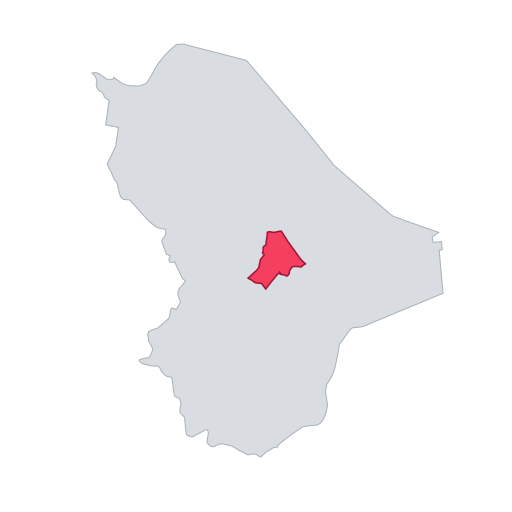 location of Al-Ramadi, Al-Anbar, Iraq, rotated 189°
{"feature_id": "34846034B54493291917017", "entity_name": "Al-Ramadi", "entity_type": "district", "adm_level": 2, "iso_a3": "IRQ", "parent_name": "Iraq", "parent_adm1": "Al-Anbar", "projection": "natural_earth1", "projection_center": [43.152, 33.24], "detail": "fine", "context": "in_parent", "style": "filled", "palette": "rose", "viewbox_px": 512, "rotation_deg": 189, "n_neighbors": 0, "source": "geoboundaries", "source_scale": "gbopen_adm2", "svg_char_len": 5074}
<svg xmlns="http://www.w3.org/2000/svg" viewBox="0 0 512 512"><g transform="rotate(189 256 256)"><path d="M204.8,70.6L208.5,69.6L215.4,63.9L219.4,58.6L220.7,58.1L224.3,59.9L226.9,60.3L232.9,58.3L236.4,59.4L239.4,60.7L241.0,60.8L249.0,64.1L251.0,64.6L255.2,65.0L261.3,65.1L265.2,63.0L268.0,60.9L270.0,60.9L271.9,61.4L273.5,62.3L274.9,63.9L275.5,66.1L275.3,73.3L275.9,75.2L277.0,76.6L278.3,76.8L280.0,75.3L282.9,73.0L286.5,70.5L289.2,68.2L290.7,67.4L293.1,67.5L295.5,67.9L296.8,69.0L296.8,69.3L298.1,72.7L301.3,85.3L303.1,86.9L305.2,88.2L306.6,90.1L307.2,92.0L307.0,94.9L307.1,98.3L308.0,100.9L309.2,102.9L310.3,103.8L311.9,103.9L313.9,104.4L315.2,106.4L319.5,120.7L320.0,122.6L321.7,123.2L324.7,122.9L327.7,124.4L330.9,126.7L333.9,131.1L336.0,131.8L342.3,131.1L351.0,131.8L355.1,134.1L354.7,135.5L351.5,137.0L346.0,138.9L344.4,141.9L343.6,145.9L343.7,148.2L345.1,150.7L349.1,155.6L349.3,157.4L350.0,159.8L350.8,161.5L350.0,164.8L346.5,167.1L341.8,169.5L332.6,180.5L331.9,182.9L332.0,189.3L331.1,191.2L328.1,191.1L325.8,190.8L325.7,193.1L324.2,196.1L323.4,198.7L326.9,205.0L327.5,208.2L327.0,211.2L323.8,216.4L322.0,219.9L322.4,220.7L324.9,222.1L332.8,233.4L335.3,237.4L338.6,236.4L339.8,236.5L340.8,237.1L341.4,238.5L341.4,240.2L340.6,242.7L344.8,243.8L346.3,246.4L351.2,255.2L351.1,257.9L348.8,262.0L348.8,264.8L349.3,267.3L350.1,268.2L357.3,268.5L360.3,269.5L367.9,274.1L376.4,281.0L383.5,286.7L389.5,291.6L395.8,291.2L397.6,292.1L399.2,293.6L401.1,297.6L404.8,306.7L408.0,309.6L412.8,316.9L417.4,323.6L414.6,332.9L411.8,342.4L411.9,354.8L412.0,361.4L418.1,361.7L425.0,362.0L425.1,369.9L425.3,377.9L425.4,387.0L427.4,387.4L430.7,389.4L432.1,392.3L433.8,393.9L435.9,394.2L437.9,395.6L440.0,398.3L440.7,400.3L440.2,401.6L440.7,404.0L442.1,407.4L443.9,409.1L446.6,411.0L443.0,412.2L439.1,411.3L430.7,407.3L428.0,407.2L424.4,408.7L424.3,410.1L415.4,405.6L412.3,404.7L411.1,404.6L406.1,404.6L398.9,405.4L394.7,407.3L391.7,409.2L390.4,411.1L390.0,412.1L387.7,417.7L385.1,424.8L382.5,431.3L377.2,440.4L374.2,444.6L367.9,452.4L361.1,453.9L345.1,452.4L327.4,450.7L309.7,449.0L296.6,447.7L295.6,447.3L282.6,436.2L272.3,427.4L259.5,416.4L246.5,405.2L233.2,393.9L223.6,385.6L212.0,375.0L201.4,365.3L193.1,357.7L182.3,351.0L174.0,345.8L161.8,338.2L152.1,332.1L143.8,326.9L131.0,318.9L126.8,316.8L113.5,314.1L100.9,311.8L87.9,309.5L79.2,307.9L85.0,302.2L83.3,297.1L79.1,298.1L75.2,299.3L73.0,291.3L76.0,290.3L73.4,280.0L70.7,269.3L68.1,259.0L65.4,248.4L76.5,241.7L84.7,236.6L96.3,229.5L107.4,222.7L118.0,216.2L129.6,209.1L140.0,202.7L149.5,200.1L151.5,198.1L155.9,189.3L159.7,181.9L159.8,180.2L159.9,169.6L160.6,157.2L161.9,150.5L164.0,144.7L166.0,140.4L166.2,136.4L166.0,132.3L164.0,126.2L162.0,119.8L162.2,113.6L162.7,110.3L164.0,105.1L166.2,101.2L168.7,98.8L177.6,96.4L182.9,94.9L190.0,88.1L194.3,84.0L200.2,77.6L204.5,72.9L204.8,71.2L204.8,70.6Z" fill="#d9dde1" stroke="#a8b0b8" stroke-width="1"/><path d="M248.5,281.2L248.4,280.3L248.1,275.1L248.2,272.2L248.1,269.5L247.8,268.7L248.5,268.0L249.6,266.9L250.3,265.6L250.0,263.7L249.7,262.4L249.8,261.3L250.1,260.5L250.1,260.4L249.7,259.6L248.5,259.0L248.0,258.4L248.7,257.5L249.1,256.6L250.6,254.1L251.1,252.9L251.2,252.5L251.2,251.3L251.2,250.3L251.3,249.5L251.3,249.0L251.3,248.4L251.4,247.7L251.4,247.2L251.4,246.6L251.4,245.9L251.4,245.2L251.8,244.3L252.1,243.8L252.4,243.2L253.0,242.2L253.4,241.7L253.9,241.0L254.6,240.2L255.1,239.5L255.5,239.0L256.0,238.4L256.6,237.7L257.2,236.9L258.0,236.0L258.7,235.0L259.7,233.7L260.4,233.0L258.9,232.2L258.2,231.9L257.5,231.9L256.8,231.7L256.2,231.3L254.1,230.2L253.5,229.8L253.2,229.8L252.2,229.5L251.5,229.5L250.6,229.5L249.6,229.6L249.1,229.6L246.2,229.7L244.5,228.1L242.4,226.0L241.8,225.5L241.2,224.9L237.3,232.1L236.5,233.5L235.7,234.9L234.8,236.4L233.9,237.9L233.2,239.1L232.6,240.1L232.3,240.7L232.0,241.3L231.3,241.7L230.6,242.1L230.2,242.3L230.2,243.0L230.2,243.8L229.7,243.5L229.4,243.1L229.1,242.3L228.9,241.9L228.4,241.7L227.6,241.7L226.7,241.7L226.0,241.7L225.1,241.8L224.3,241.6L223.4,241.2L222.6,240.9L221.8,241.6L221.2,242.1L220.9,242.9L220.6,243.7L220.4,244.4L220.6,245.2L220.7,245.9L220.4,246.9L220.0,248.0L219.5,248.9L219.1,249.9L218.8,250.3L218.4,250.7L217.8,251.3L217.2,251.5L216.4,251.6L215.3,251.9L214.4,252.0L213.1,252.1L211.9,252.1L210.9,252.1L210.1,252.2L209.6,252.3L208.9,253.2L208.4,253.8L207.7,254.6L207.1,255.2L206.5,255.5L205.9,256.0L206.4,256.4L207.4,257.0L208.5,257.7L209.7,258.5L210.8,259.4L211.7,260.2L212.7,261.1L212.9,261.3L213.4,261.8L214.6,263.1L215.5,264.0L216.6,265.1L217.7,266.3L218.5,267.0L219.2,267.8L220.0,268.6L220.8,269.3L221.4,269.9L222.2,270.7L223.0,271.5L223.7,272.3L224.4,272.9L225.3,273.9L226.2,274.7L226.8,275.4L227.6,276.3L228.0,276.8L228.6,277.5L229.2,278.1L230.0,279.1L230.9,280.0L231.8,281.0L232.9,282.2L233.5,283.0L234.2,283.7L234.9,284.5L235.7,284.4L236.7,284.1L237.0,284.0L237.8,283.7L238.3,283.4L238.9,283.2L239.5,283.0L240.0,282.8L240.8,282.5L241.3,282.4L241.9,282.1L242.7,282.1L244.0,282.1L245.1,282.1L246.1,282.2L246.4,282.1L247.2,281.9L248.2,281.4L248.5,281.2Z" fill="#f43f5e" stroke="#9f1239" stroke-width="1.5"/></g></svg>